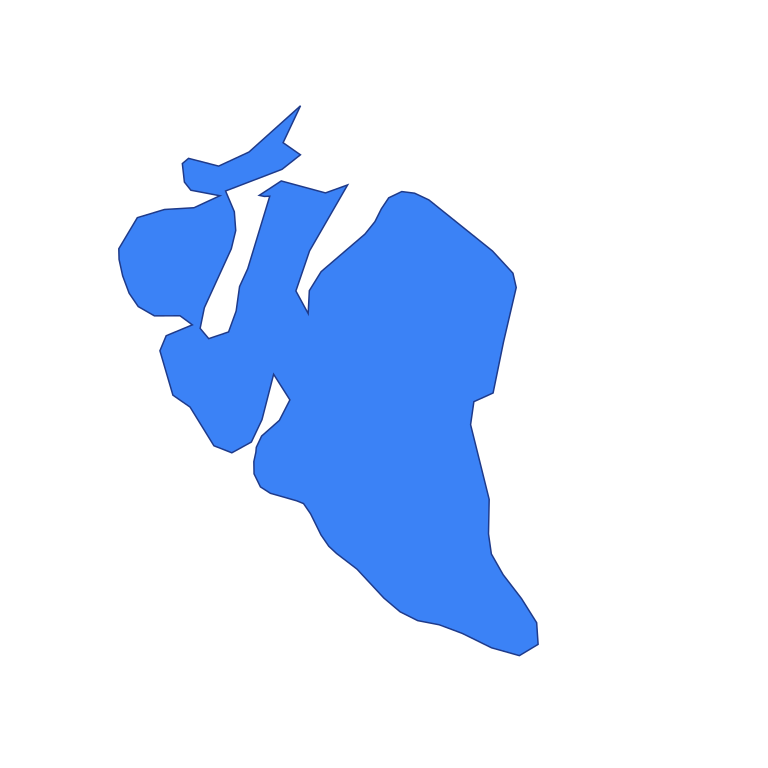 map outline of South Andros (Mercator projection), rotated 140°
{"feature_id": "BHS-5022", "entity_name": "South Andros", "entity_type": "District", "adm_level": 1, "iso_a3": "BHS", "parent_name": "The Bahamas", "parent_adm1": "", "projection": "mercator", "projection_center": [-77.637, 23.971], "detail": "fine", "context": "isolated", "style": "filled", "palette": "blue", "viewbox_px": 768, "rotation_deg": 140, "n_neighbors": 0, "source": "natural_earth", "source_scale": "10m", "svg_char_len": 1345}
<svg xmlns="http://www.w3.org/2000/svg" viewBox="0 0 768 768"><g transform="rotate(140 384 384)"><path d="M306.2,307.0L326.5,312.7L343.8,297.2L377.6,228.0L400.3,202.0L411.0,184.8L415.3,161.4L416.6,131.2L420.5,103.0L433.3,85.5L454.9,88.9L471.2,112.8L484.4,142.7L496.5,164.1L510.3,181.1L518.1,199.1L521.7,220.1L523.7,259.6L529.3,284.7L530.6,295.2L529.3,308.8L523.7,331.7L522.5,344.1L526.0,350.7L541.3,373.3L544.8,384.6L541.3,398.7L533.6,408.2L526.0,414.1L522.5,417.6L511.2,422.8L487.5,423.4L466.3,432.3L462.3,462.4L500.4,435.1L522.9,424.8L544.8,429.1L554.0,446.0L547.4,491.0L552.9,511.1L534.3,553.5L519.8,561.0L492.8,552.5L496.4,567.4L516.1,583.8L522.5,601.3L520.9,617.3L514.7,634.8L506.9,649.7L500.2,658.1L466.0,670.0L440.0,658.8L416.3,641.2L388.7,633.7L407.4,656.6L407.1,667.0L396.8,682.5L388.7,682.5L370.6,657.2L338.3,648.5L269.1,650.8L306.2,633.7L300.7,613.3L324.1,614.0L381.3,633.7L387.9,612.2L398.9,596.9L414.1,585.7L472.6,557.9L489.1,544.8L489.1,531.4L469.6,523.8L450.4,534.9L432.0,551.5L414.3,559.9L350.8,601.3L355.1,604.6L358.3,608.7L332.2,605.6L306.0,568.0L283.9,559.9L355.5,533.8L391.7,511.9L396.8,486.7L381.2,503.5L359.9,510.5L302.2,511.1L286.6,514.2L273.4,519.9L260.7,523.6L246.7,520.0L237.9,510.5L231.3,496.2L215.4,416.1L214.0,386.0L220.7,372.9L265.4,339.4L306.2,307.0Z" fill="#3b82f6" stroke="#1e3a8a" stroke-width="1.5"/></g></svg>